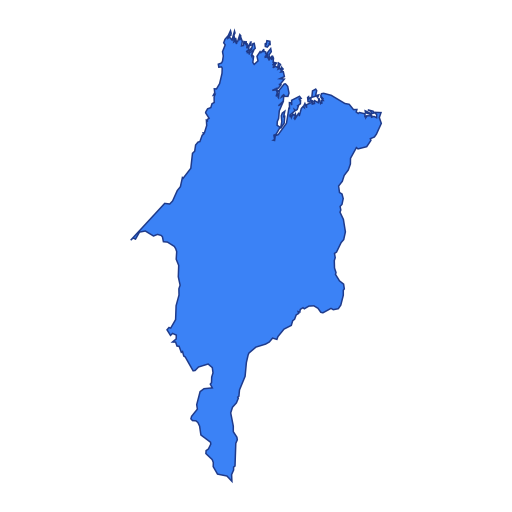 map outline of Maranhão (Equal Earth projection)
{"feature_id": "BRA-593", "entity_name": "Maranhão", "entity_type": "State", "adm_level": 1, "iso_a3": "BRA", "parent_name": "Brazil", "parent_adm1": "", "projection": "equal_earth", "projection_center": [-45.076, -5.686], "detail": "fine", "context": "isolated", "style": "filled", "palette": "blue", "viewbox_px": 512, "rotation_deg": 0, "n_neighbors": 0, "source": "natural_earth", "source_scale": "10m", "svg_char_len": 5928}
<svg xmlns="http://www.w3.org/2000/svg" viewBox="0 0 512 512"><path d="M225.0,39.3L227.9,36.0L227.9,38.3L228.6,37.8L228.4,35.3L230.5,30.7L231.2,33.3L230.4,34.9L231.6,34.9L229.8,35.4L229.7,37.4L232.0,40.0L234.5,31.1L235.0,33.0L233.2,36.5L233.2,38.3L234.1,36.0L234.4,37.9L233.4,40.6L234.6,39.3L233.9,41.9L234.7,41.4L235.6,37.9L236.2,40.9L235.5,41.7L236.6,44.0L236.6,41.5L237.6,41.6L239.8,34.6L240.8,35.9L239.4,40.3L241.0,37.9L242.3,41.4L241.5,45.9L243.5,45.5L243.9,41.5L245.0,41.8L244.8,44.0L246.3,41.2L246.0,45.3L247.3,43.3L246.8,48.3L250.8,42.3L249.8,42.3L250.9,42.1L251.0,45.1L249.0,46.0L248.5,50.7L247.7,50.4L247.2,50.7L246.3,52.0L247.8,51.0L247.5,52.7L249.1,52.5L249.3,54.7L249.6,50.2L250.6,49.0L250.3,50.7L251.4,49.6L252.9,43.7L254.2,43.3L255.2,48.3L251.8,51.7L253.3,51.3L251.4,55.4L251.8,56.3L252.0,54.7L253.6,56.5L252.8,62.4L254.2,64.4L258.0,60.9L257.0,56.3L260.1,51.6L260.9,52.7L262.7,50.7L263.0,51.5L262.2,51.7L263.1,51.6L263.7,49.0L263.9,51.3L265.7,52.0L266.0,53.6L265.2,53.3L267.1,54.7L265.2,56.3L265.2,57.3L267.1,57.0L267.6,52.5L270.7,48.6L271.3,51.7L269.1,54.8L269.1,57.3L267.6,57.3L269.0,59.6L268.4,60.0L269.2,59.9L270.1,57.3L271.5,59.3L272.1,59.0L271.4,58.1L271.9,55.7L272.8,58.7L273.1,57.3L273.5,58.2L273.1,62.4L274.2,63.4L272.4,65.1L274.1,64.2L274.4,63.5L274.1,62.4L276.5,63.0L272.8,67.7L275.7,66.4L277.6,67.6L278.5,63.0L280.5,64.4L278.3,69.0L279.7,68.3L280.5,69.4L281.4,67.7L281.5,70.0L282.5,68.3L283.1,69.0L280.8,72.0L283.3,71.7L284.4,76.6L279.8,78.7L284.3,79.1L280.2,84.3L278.8,84.4L280.9,84.9L278.4,88.1L276.5,88.4L277.1,89.8L275.0,89.1L272.3,90.4L276.2,89.8L276.8,91.4L278.1,90.0L276.1,96.4L278.1,94.2L278.1,97.3L278.5,97.8L279.3,90.1L284.2,84.0L285.5,83.9L287.7,86.4L289.0,93.1L287.9,96.4L285.0,96.4L283.7,94.7L282.2,95.9L281.5,97.1L283.8,95.8L283.3,101.2L278.4,105.8L282.6,103.1L279.3,110.8L278.6,118.5L277.3,121.5L277.1,125.3L279.5,126.9L279.6,128.1L276.1,134.2L273.9,135.2L274.6,139.5L273.3,140.2L274.6,140.5L275.3,135.7L278.3,134.6L286.5,123.2L289.0,107.5L289.5,109.1L289.4,102.6L290.9,102.8L291.7,105.1L291.6,100.3L299.5,96.3L301.1,98.4L298.6,99.1L299.9,99.4L300.1,101.5L300.6,99.8L300.4,103.8L297.7,105.8L298.3,106.2L297.2,109.5L295.7,110.5L294.4,109.5L294.9,110.8L289.9,115.1L290.2,117.2L290.8,114.8L291.4,117.5L292.9,114.1L294.2,115.5L295.4,113.8L295.8,116.2L294.2,118.2L294.9,119.2L298.6,113.3L299.6,114.1L299.2,116.2L301.3,108.5L303.0,106.6L304.1,107.5L303.7,106.1L304.9,103.5L306.6,107.8L306.5,104.7L311.3,102.6L312.2,100.1L312.3,104.1L314.5,103.5L313.7,101.4L315.0,100.1L314.3,101.8L315.4,101.1L318.2,102.7L318.9,98.1L320.5,103.5L321.5,102.1L322.0,103.8L321.5,100.5L323.2,100.5L321.7,98.4L323.5,99.1L320.7,96.1L321.5,93.7L323.6,93.3L331.2,95.3L344.9,103.5L349.2,104.3L353.5,109.6L356.9,109.5L356.2,112.0L358.2,113.5L359.4,112.5L365.0,113.8L364.9,116.5L365.9,116.1L365.9,117.5L367.1,115.8L371.6,115.8L371.6,117.2L374.0,116.4L376.6,117.7L376.7,114.6L374.2,112.3L381.0,112.6L379.3,117.5L381.3,123.4L376.4,134.2L374.4,137.0L370.3,138.7L370.9,140.4L366.7,146.7L358.0,148.9L356.4,147.6L350.5,158.3L350.4,164.0L348.3,170.0L344.2,175.4L342.3,181.3L338.6,186.0L339.5,192.5L342.0,194.0L343.2,198.6L342.0,204.3L340.1,206.4L340.8,210.0L340.0,212.2L343.4,219.4L345.4,231.9L343.7,239.6L341.1,242.6L336.5,252.1L334.5,253.4L335.2,257.7L334.3,260.6L334.5,268.0L336.0,272.6L335.5,274.4L339.5,280.9L343.6,284.1L344.3,288.9L343.3,290.2L343.3,295.2L340.8,305.1L338.3,308.7L333.3,309.7L331.0,308.4L322.9,312.8L320.8,312.3L318.0,308.3L313.8,305.8L308.9,306.1L304.3,308.8L303.0,307.7L300.3,309.4L299.8,312.1L298.1,311.6L298.7,313.4L296.2,314.9L294.6,319.2L292.7,320.7L291.3,325.4L284.0,329.1L277.9,336.6L276.9,339.4L272.6,338.1L269.3,342.0L265.6,344.1L255.9,347.1L248.9,353.1L248.1,355.1L246.4,362.4L245.1,376.3L239.5,389.9L238.9,396.2L237.7,397.2L238.3,398.3L236.4,402.9L232.5,407.2L230.7,412.9L233.3,426.2L233.3,431.7L236.9,437.2L237.3,439.8L235.8,443.3L235.0,466.0L233.6,467.1L233.6,470.0L231.6,474.6L231.9,481.3L226.9,476.0L217.5,474.1L213.2,466.6L213.3,462.5L212.2,459.6L205.9,453.6L206.1,450.6L208.4,449.0L210.8,444.1L210.5,442.2L200.9,435.0L199.6,426.1L197.9,422.5L195.9,420.8L192.5,420.6L190.9,418.8L191.6,416.3L197.4,409.1L196.7,404.7L200.1,391.6L204.0,388.7L212.3,387.9L210.3,384.1L211.5,382.7L211.7,377.0L213.0,372.9L212.3,367.6L208.1,364.0L198.5,367.0L195.1,370.5L193.1,370.8L185.2,356.9L183.8,356.1L182.5,351.5L181.3,352.3L179.1,346.3L177.0,346.1L175.6,342.1L172.5,342.0L176.2,338.9L176.3,335.1L172.6,333.4L170.5,335.4L167.0,329.8L169.0,327.5L170.7,328.1L175.6,319.6L176.1,305.7L179.0,295.1L178.9,288.8L180.1,285.2L178.3,276.8L178.7,265.4L176.2,259.2L176.7,251.7L175.7,248.7L174.3,246.4L167.5,242.1L163.4,241.7L162.4,236.7L161.1,235.4L157.5,234.4L153.5,236.0L145.3,231.0L139.5,232.1L135.5,239.1L133.0,238.0L130.7,240.2L164.7,203.4L169.7,204.0L172.6,201.0L177.3,190.5L180.4,186.7L182.4,177.6L183.1,178.3L190.8,168.3L192.5,153.3L194.7,151.2L195.6,145.0L198.0,142.1L199.9,141.6L202.2,135.2L203.6,134.2L203.1,132.9L204.4,132.9L206.7,125.5L206.4,120.3L207.4,120.9L207.4,119.4L209.1,118.3L205.6,112.8L205.9,111.7L207.6,108.8L210.8,107.6L212.0,103.7L214.2,102.5L214.1,96.9L215.0,94.5L213.4,95.1L214.7,92.7L214.3,88.8L216.5,88.9L219.6,83.7L222.0,73.4L222.2,68.2L221.5,66.9L218.8,67.2L218.3,64.2L221.5,63.0L222.5,61.2L223.3,56.0L222.5,51.7L225.2,44.9L223.7,42.8L225.0,39.3ZM284.8,111.2L283.5,117.5L284.8,115.5L284.2,123.1L280.5,128.5L281.8,121.7L281.3,115.8L282.3,113.1L284.8,111.2ZM315.7,89.1L316.7,90.7L315.4,96.3L311.8,97.3L312.5,90.9L315.7,89.1ZM269.9,41.3L270.1,44.0L268.9,43.0L269.6,44.3L267.3,47.1L265.3,46.5L265.2,43.8L265.8,43.5L266.1,45.3L266.9,40.7L269.9,41.3ZM373.1,111.2L373.6,113.1L371.5,113.8L370.8,111.2L367.8,109.8L373.1,111.2ZM308.0,101.6L307.6,97.5L308.6,96.7L308.9,99.0L310.3,97.7L311.0,98.7L310.5,101.0L309.1,101.8L308.0,101.6ZM365.2,110.8L369.2,112.7L370.7,114.5L365.5,112.7L365.2,110.8ZM316.2,95.6L318.7,94.9L317.6,97.5L316.2,95.6Z" fill="#3b82f6" stroke="#1e3a8a" stroke-width="1.5"/></svg>